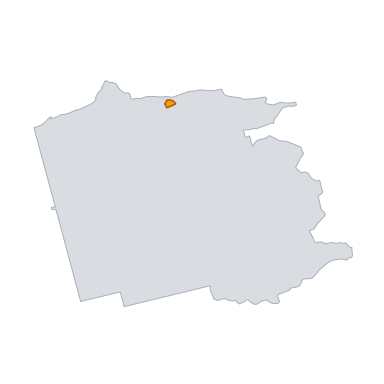 Reifi Gharb Kassala, Kassala, Sudan (highlighted), rotated 255°
{"feature_id": "16777658B99769220544106", "entity_name": "Reifi Gharb Kassala", "entity_type": "district", "adm_level": 2, "iso_a3": "SDN", "parent_name": "Sudan", "parent_adm1": "Kassala", "projection": "equal_earth", "projection_center": [36.076, 15.291], "detail": "fine", "context": "in_parent", "style": "filled", "palette": "amber", "viewbox_px": 384, "rotation_deg": 255, "n_neighbors": 0, "source": "geoboundaries", "source_scale": "gbopen_adm2", "svg_char_len": 4051}
<svg xmlns="http://www.w3.org/2000/svg" viewBox="0 0 384 384"><g transform="rotate(255 192 192)"><path d="M251.9,315.4L249.0,315.4L248.7,314.5L248.7,311.9L249.1,310.0L250.1,307.0L249.9,305.4L250.0,303.0L249.3,300.3L242.3,292.6L241.0,290.4L237.2,288.5L237.9,286.3L236.4,270.5L237.2,268.7L237.4,265.9L237.4,263.5L238.3,259.4L238.4,257.7L231.0,257.6L230.9,259.4L231.2,261.3L231.2,262.1L220.9,262.1L225.0,268.3L225.2,271.0L224.9,274.4L225.0,276.6L225.2,278.0L226.3,280.8L226.2,281.3L226.0,282.0L218.6,290.2L217.3,294.1L216.4,296.1L214.2,299.5L207.5,308.3L206.4,308.9L201.3,309.2L200.8,309.5L200.4,309.9L200.2,309.8L195.8,304.6L188.5,298.3L183.6,301.6L182.3,302.8L182.2,305.8L181.5,307.3L180.2,309.0L176.6,310.0L174.7,310.9L172.5,312.6L170.3,315.5L170.1,316.9L170.3,318.3L157.9,318.2L157.1,317.2L155.3,312.5L154.1,312.8L142.8,312.2L141.2,312.7L137.9,314.6L136.3,314.9L134.6,314.1L128.8,304.8L127.5,303.7L126.2,301.5L124.9,300.6L124.5,299.9L124.4,298.9L124.4,296.9L124.0,295.6L123.1,295.3L115.1,297.4L113.9,297.2L112.3,297.6L111.7,298.0L111.0,299.2L110.8,301.7L110.6,303.0L110.0,304.4L107.7,307.5L107.2,308.8L107.2,312.3L107.1,314.0L106.7,314.8L105.7,316.2L105.3,316.9L104.9,321.3L103.6,324.0L103.3,325.0L103.2,326.9L103.0,327.5L99.4,329.0L98.0,330.0L97.2,331.5L96.9,332.1L95.4,331.6L93.4,331.2L89.7,330.7L88.2,330.0L87.5,329.0L87.7,326.3L87.4,325.7L86.8,325.2L86.4,324.1L86.5,322.7L88.5,319.6L88.9,318.0L89.5,310.2L89.4,307.8L87.9,303.5L84.4,296.0L83.5,294.5L79.1,288.4L78.6,287.5L77.5,284.9L78.8,279.2L78.9,277.6L78.6,276.0L77.5,274.7L76.5,274.6L75.2,273.1L74.3,272.4L73.6,271.0L73.1,269.2L73.6,262.5L73.3,261.6L72.2,261.3L71.9,260.8L72.0,259.6L71.4,255.7L70.8,252.6L71.2,250.9L70.3,248.5L68.4,247.5L64.8,248.2L63.7,248.1L62.9,247.7L62.4,246.8L62.1,245.8L62.4,244.2L63.5,241.4L64.8,239.0L67.5,236.9L68.2,235.8L68.6,234.5L68.7,233.1L68.6,231.6L68.3,230.2L67.6,228.3L66.9,226.2L66.9,224.7L67.3,223.7L68.0,222.4L70.6,220.0L73.3,217.9L73.8,217.2L73.6,216.3L72.4,214.7L72.1,211.4L71.5,209.1L72.9,207.4L73.9,206.8L75.4,206.3L76.1,205.6L76.3,204.2L76.2,202.9L76.8,201.9L77.6,199.8L78.2,198.9L80.3,196.4L80.8,194.8L80.9,193.3L80.5,188.7L81.7,186.8L83.2,185.2L85.3,185.3L88.6,185.0L90.9,184.3L92.5,184.3L96.2,185.2L96.6,184.8L96.8,183.6L98.8,96.8L113.8,96.8L114.0,96.7L115.1,56.1L209.4,56.1L210.1,55.9L211.7,52.2L212.3,51.9L213.3,52.1L213.6,53.0L212.8,56.1L295.1,56.0L295.3,60.7L295.9,64.4L298.3,69.7L300.3,72.5L301.0,74.1L301.1,74.8L301.0,75.5L300.4,74.7L299.4,74.2L299.2,76.7L299.7,81.8L300.6,85.4L300.0,88.7L300.1,94.3L301.1,101.0L300.9,105.3L302.7,115.3L304.4,120.9L305.3,122.3L306.3,123.0L308.3,123.5L311.3,126.3L313.6,129.3L314.5,130.9L315.6,132.6L316.4,132.3L316.8,131.9L317.6,133.3L321.3,136.3L321.9,137.7L320.5,139.0L319.0,141.4L318.3,143.6L317.9,144.3L316.6,145.7L316.4,146.3L315.9,146.8L315.3,146.8L314.1,147.5L312.9,147.3L311.8,147.7L311.4,148.2L310.5,148.7L309.2,148.9L307.3,150.8L305.6,151.7L305.1,152.4L304.2,156.1L303.5,157.1L301.1,157.2L299.8,157.5L298.2,157.1L297.4,157.2L297.2,158.0L296.9,161.1L296.9,162.5L295.5,166.1L295.9,172.9L294.6,178.0L294.4,179.2L293.0,183.2L292.3,184.7L290.6,192.3L289.9,194.6L288.5,197.0L290.0,215.2L288.7,220.8L288.8,223.9L287.9,228.3L287.2,230.4L286.1,232.9L285.2,235.7L284.3,239.4L283.8,246.5L283.5,247.1L279.1,248.0L277.7,248.5L276.8,249.2L275.6,251.0L273.3,256.0L272.1,259.0L270.3,263.2L268.1,266.1L267.6,267.5L267.3,270.2L266.4,274.4L265.7,277.4L265.8,279.8L265.1,284.0L265.2,286.0L264.5,287.1L263.4,288.2L262.7,288.5L259.7,285.7L257.5,287.6L256.1,290.3L255.0,293.1L255.6,298.8L255.6,300.1L255.3,301.5L253.2,307.2L252.6,309.8L251.9,314.3L251.9,315.4Z" fill="#d9dde1" stroke="#a8b0b8" stroke-width="1"/><path d="M286.6,191.0L286.6,190.9L286.0,190.4L285.7,190.2L285.4,189.8L284.1,188.5L280.8,189.3L279.9,189.5L280.3,193.2L280.7,195.9L280.8,196.4L281.0,196.8L281.1,197.5L281.1,198.1L281.2,198.4L281.3,198.4L281.3,198.5L281.5,199.0L282.4,198.7L282.8,198.7L283.2,198.2L284.5,197.5L285.7,196.4L286.7,194.3L287.3,191.9L286.9,191.3L286.7,191.1L286.6,191.0Z" fill="#f59e0b" stroke="#b45309" stroke-width="1.5"/></g></svg>